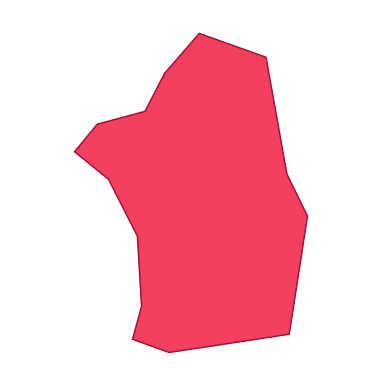 map outline of San Ġwann (Mercator projection), rotated 263°
{"feature_id": "MLT-5937", "entity_name": "San Ġwann", "entity_type": "state/province", "adm_level": 1, "iso_a3": "MLT", "parent_name": "Malta", "parent_adm1": "", "projection": "mercator", "projection_center": [14.476, 35.906], "detail": "fine", "context": "isolated", "style": "filled", "palette": "rose", "viewbox_px": 384, "rotation_deg": 263, "n_neighbors": 0, "source": "natural_earth", "source_scale": "10m", "svg_char_len": 345}
<svg xmlns="http://www.w3.org/2000/svg" viewBox="0 0 384 384"><g transform="rotate(263 192 192)"><path d="M246.3,80.3L270.9,106.3L277.8,155.2L313.1,179.2L348.5,218.5L316.7,281.9L198.2,288.4L154.0,303.7L39.0,271.2L35.5,149.7L53.1,115.0L84.7,128.0L154.9,132.4L214.7,110.7L246.3,80.3Z" fill="#f43f5e" stroke="#9f1239" stroke-width="1.5"/></g></svg>